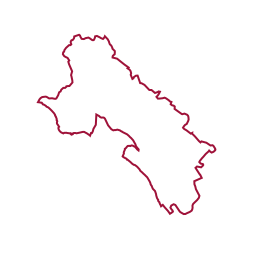 Mit Ghamr, Ad Daqahliyah, Egypt (Equal Earth projection), rotated 318°
{"feature_id": "37247803B25153322962327", "entity_name": "Mit Ghamr", "entity_type": "district", "adm_level": 2, "iso_a3": "EGY", "parent_name": "Egypt", "parent_adm1": "Ad Daqahliyah", "projection": "equal_earth", "projection_center": [31.277, 30.708], "detail": "fine", "context": "isolated", "style": "outline", "palette": "rose", "viewbox_px": 256, "rotation_deg": 318, "n_neighbors": 0, "source": "geoboundaries", "source_scale": "gbopen_adm2", "svg_char_len": 5657}
<svg xmlns="http://www.w3.org/2000/svg" viewBox="0 0 256 256"><g transform="rotate(318 128 128)"><path d="M78.4,48.6L79.0,49.3L79.6,50.0L80.0,50.6L80.4,51.2L80.5,51.3L80.6,51.2L80.8,51.4L80.8,51.7L80.8,52.2L80.7,52.8L80.6,53.0L80.5,53.4L80.9,54.0L81.2,54.6L81.8,56.7L81.7,57.1L81.7,57.3L81.7,57.6L81.8,57.9L82.1,58.4L82.3,58.9L82.5,59.4L82.6,60.1L82.8,62.2L82.9,64.4L82.9,64.7L82.9,67.6L82.6,69.4L82.3,69.7L82.2,69.9L82.1,70.1L82.1,70.4L82.1,70.8L82.1,71.0L82.0,71.3L81.8,71.4L81.5,72.5L81.0,73.7L80.9,73.8L80.7,74.0L80.3,74.2L80.3,74.5L80.2,74.9L80.1,75.3L79.9,75.7L79.4,75.9L79.2,76.1L78.8,76.4L78.5,76.8L78.3,77.0L78.2,77.3L78.1,77.7L78.0,78.0L78.0,78.4L78.0,78.7L77.6,81.0L77.1,81.0L76.8,81.1L76.6,81.2L76.2,81.5L75.8,82.2L75.6,82.6L75.4,83.1L75.3,83.8L75.2,84.5L75.2,85.2L75.3,86.0L75.4,86.6L75.9,87.8L76.3,88.7L76.5,88.7L77.1,88.8L77.4,88.9L77.6,89.2L77.9,89.4L78.3,89.7L78.7,90.1L79.0,90.3L79.3,90.8L79.6,91.2L80.5,92.2L81.1,93.0L81.6,93.2L81.8,93.5L81.7,93.9L82.1,94.2L82.2,94.5L81.9,94.7L81.9,94.3L81.8,94.1L81.7,94.1L81.4,94.1L81.4,94.3L81.4,94.5L81.5,94.7L81.5,94.8L82.1,95.2L82.6,95.6L82.9,95.6L83.2,95.6L83.5,95.5L83.9,95.2L84.5,95.6L85.1,96.1L85.7,96.7L86.2,97.5L89.3,99.3L91.2,100.3L91.5,100.5L92.0,100.8L92.6,101.4L92.9,101.7L93.3,103.0L93.8,104.2L94.1,105.5L94.3,106.3L94.7,107.9L94.7,108.3L97.2,107.0L97.8,107.6L99.5,107.0L101.8,105.5L106.2,104.1L113.5,96.8L114.6,100.0L114.6,101.2L115.1,102.4L116.6,103.6L117.1,104.5L117.1,105.7L115.0,112.7L114.8,117.8L115.5,119.9L116.6,120.5L117.6,121.4L118.3,121.7L119.1,122.2L119.6,123.1L120.4,124.3L120.6,125.5L121.1,126.4L121.1,127.0L123.1,132.1L123.4,134.7L123.4,136.2L123.6,137.4L123.6,140.6L123.1,142.7L122.6,145.1L121.8,146.8L121.6,148.9L121.6,151.0L121.3,151.3L120.8,151.7L120.5,150.0L120.6,148.9L120.6,146.6L120.1,145.5L119.7,144.2L118.8,143.2L117.7,143.0L117.0,142.1L115.8,141.2L114.7,141.2L113.2,141.5L111.7,141.4L111.2,142.0L108.6,143.2L107.9,144.2L105.0,145.5L105.0,146.0L105.1,146.3L105.2,146.9L105.4,147.4L105.7,147.9L105.7,148.4L105.8,148.7L105.9,148.9L106.2,149.4L106.3,149.8L106.3,150.1L106.2,150.6L106.3,150.6L106.5,151.4L106.7,152.7L107.0,154.6L107.1,155.4L107.1,156.2L107.2,156.8L107.2,157.3L107.3,157.9L107.6,158.8L107.6,159.0L107.7,159.3L107.9,159.5L108.0,159.6L108.3,160.0L108.4,160.5L108.6,161.3L108.8,162.4L108.9,163.2L108.9,163.7L108.9,166.2L108.9,166.5L108.8,167.0L108.6,167.5L108.5,167.9L108.6,168.9L108.8,170.3L108.9,172.3L109.1,173.9L109.2,176.3L109.3,177.1L109.2,178.0L108.9,179.4L108.7,180.4L108.5,181.2L108.3,182.4L108.0,183.1L107.7,184.1L107.3,184.6L107.1,185.2L107.0,185.6L106.9,186.0L106.9,186.5L106.9,186.8L106.4,188.0L105.8,189.7L105.9,192.9L105.4,194.1L104.8,195.5L104.5,196.1L104.1,196.6L103.7,197.3L103.4,197.9L103.3,198.3L103.0,198.7L102.8,199.2L102.6,199.8L102.5,200.3L102.4,200.9L102.4,201.5L102.1,201.8L101.9,202.0L101.7,202.4L101.6,202.7L101.6,203.0L101.6,203.6L101.7,203.9L101.7,204.1L101.6,204.3L101.5,204.5L101.2,205.0L100.9,205.9L100.8,206.2L100.8,206.5L100.8,206.8L100.5,207.4L100.2,208.3L102.4,208.4L102.2,211.7L102.2,216.3L101.8,219.8L102.7,219.9L103.3,220.1L105.4,220.2L105.9,219.1L105.9,217.5L106.2,215.6L108.2,214.6L110.1,215.0L110.9,215.2L111.7,216.9L110.6,224.4L110.6,225.5L111.2,227.4L111.8,229.2L113.1,230.3L114.7,230.7L117.1,231.5L118.2,231.8L120.1,232.0L121.6,231.3L122.3,230.7L122.8,230.3L123.9,228.9L125.1,228.2L125.8,228.0L127.6,227.9L131.2,227.8L133.9,227.3L135.7,226.2L136.7,222.3L137.6,218.8L138.9,216.5L139.7,214.3L141.7,211.9L149.4,214.4L150.4,211.0L150.2,210.8L151.5,202.8L153.5,202.8L156.0,206.1L158.2,206.1L159.2,205.8L159.5,204.9L158.2,203.1L158.2,201.0L159.5,200.5L160.8,200.3L162.5,200.0L164.8,199.8L168.4,199.3L172.5,199.3L173.2,199.1L173.3,200.6L173.7,202.2L175.6,202.9L177.7,202.9L178.3,202.7L178.4,202.2L178.8,202.0L179.0,201.5L179.5,198.6L179.3,197.4L178.2,196.6L177.6,196.2L176.4,191.4L173.6,187.1L172.2,187.2L172.0,185.3L172.1,179.2L172.0,176.9L171.8,175.1L172.4,174.6L170.9,174.2L169.9,168.8L169.1,166.3L169.1,164.6L170.8,164.1L172.6,163.9L174.3,164.3L177.5,163.0L178.8,162.2L180.0,160.6L180.4,160.0L180.8,159.1L180.8,157.7L179.6,155.1L177.5,154.0L177.3,153.6L175.4,145.0L175.7,144.7L177.1,143.3L176.9,142.0L175.9,140.5L175.6,138.9L177.7,137.7L176.9,136.2L176.9,134.8L176.1,131.4L175.5,130.0L173.4,128.9L171.1,127.2L169.9,126.2L170.0,123.9L171.9,123.8L174.1,123.2L176.0,122.4L175.2,121.3L174.2,121.2L171.5,120.0L170.9,115.5L169.3,114.0L169.1,107.0L168.0,103.8L167.1,102.8L170.2,95.5L169.0,94.5L166.7,94.1L165.2,94.7L164.1,94.5L165.6,90.3L167.0,89.4L168.0,87.4L168.2,85.8L167.6,83.4L168.9,83.4L168.5,81.6L167.8,78.4L166.9,73.1L166.3,69.2L163.7,65.3L164.4,64.6L164.9,64.3L165.6,64.2L166.4,64.2L167.4,64.3L169.1,62.7L169.7,61.9L169.5,58.7L170.1,57.7L170.6,56.0L170.7,55.4L170.7,55.1L170.5,53.7L171.2,51.9L171.4,51.5L171.7,51.0L171.9,50.1L172.2,48.9L172.3,48.6L172.2,44.4L171.5,44.8L171.0,44.8L169.8,45.1L169.0,45.1L168.0,43.0L167.7,41.8L166.5,38.8L164.9,37.9L164.2,38.5L163.1,39.1L161.6,39.7L161.4,39.7L160.8,39.4L160.3,38.8L160.1,38.2L159.6,35.8L159.1,34.3L156.5,32.8L155.0,32.5L154.2,31.9L153.2,30.7L153.7,28.3L154.2,27.2L154.0,26.0L149.3,24.0L148.9,24.5L147.6,25.3L145.6,25.6L144.8,25.0L143.5,25.3L142.6,26.1L142.0,27.6L141.8,27.9L140.7,27.9L139.7,27.0L135.6,27.0L132.8,27.6L131.6,28.5L130.5,28.4L129.0,29.6L128.7,32.0L129.3,33.8L130.0,35.5L129.5,38.5L128.0,38.8L126.9,41.1L124.4,48.5L121.1,50.6L120.6,51.7L118.5,55.3L117.2,57.0L112.6,57.6L111.1,56.4L110.1,55.8L109.6,56.1L108.1,56.1L106.8,54.9L104.0,54.9L102.4,55.7L100.7,55.4L98.1,56.9L94.5,58.1L93.5,57.7L92.8,56.9L91.5,55.1L89.2,53.3L88.4,50.6L87.9,49.7L86.7,48.8L84.9,47.6L83.1,47.3L81.4,47.5L78.4,48.6Z" fill="none" stroke="#9f1239" stroke-width="2"/></g></svg>